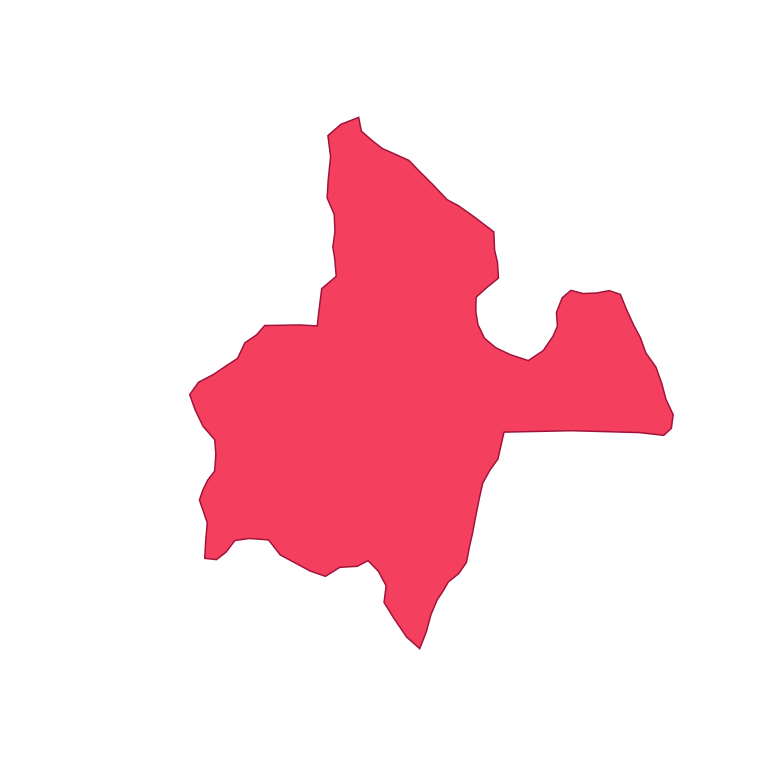 outline of Japeri, Rio de Janeiro, Brazil, rotated 146°
{"feature_id": "56859067B261437250670", "entity_name": "Japeri", "entity_type": "district", "adm_level": 2, "iso_a3": "BRA", "parent_name": "Brazil", "parent_adm1": "Rio de Janeiro", "projection": "natural_earth1", "projection_center": [-43.609, -22.666], "detail": "fine", "context": "isolated", "style": "filled", "palette": "rose", "viewbox_px": 768, "rotation_deg": 146, "n_neighbors": 0, "source": "geoboundaries", "source_scale": "gbopen_adm2", "svg_char_len": 1515}
<svg xmlns="http://www.w3.org/2000/svg" viewBox="0 0 768 768"><g transform="rotate(146 384 384)"><path d="M557.7,450.1L555.5,432.5L562.7,419.8L573.1,406.5L583.7,403.0L593.3,397.5L601.9,391.0L608.1,367.8L618.9,354.5L630.1,339.7L621.1,332.1L609.2,332.9L595.1,337.6L582.1,331.3L566.9,319.3L565.6,300.3L549.7,270.1L540.1,257.3L523.1,256.7L508.1,247.8L496.0,246.5L493.4,231.8L495.1,215.5L506.1,202.9L506.8,185.3L506.8,161.7L502.4,144.6L487.6,154.8L474.2,166.4L461.0,175.1L450.9,179.3L441.2,184.0L428.2,185.0L415.4,190.0L402.8,202.6L394.5,210.3L381.9,223.1L368.3,236.5L357.7,246.5L344.5,253.3L331.5,258.1L311.4,277.0L254.8,240.5L245.1,233.6L199.3,200.8L180.8,185.0L170.5,186.6L161.4,196.9L158.8,213.7L153.5,228.9L149.1,246.0L149.5,263.6L145.6,278.8L144.0,293.8L141.2,310.6L137.9,326.1L145.1,335.5L156.4,340.3L168.3,347.6L176.6,357.1L188.1,355.8L201.1,346.8L207.9,335.0L217.4,329.0L233.2,322.7L251.3,322.7L262.8,337.6L271.1,351.6L275.1,365.7L272.9,380.7L267.6,392.3L259.2,404.4L244.7,406.5L229.9,407.8L222.0,421.2L217.4,433.2L207.9,448.7L215.6,471.6L222.5,490.0L228.6,501.5L232.2,522.8L236.1,542.5L238.3,555.4L245.8,567.5L253.7,580.1L257.7,592.4L261.4,606.3L255.9,619.2L274.4,623.4L291.6,621.3L301.1,602.4L315.8,584.8L327.1,570.1L330.4,552.5L339.4,537.8L349.8,526.2L354.8,515.4L363.4,500.0L382.3,497.9L398.2,479.7L406.8,469.5L421.5,480.5L450.2,499.2L462.3,496.0L476.2,496.0L491.1,487.1L502.4,487.3L520.0,487.3L536.7,489.2L551.0,483.9L555.0,468.4L557.7,450.1Z" fill="#f43f5e" stroke="#9f1239" stroke-width="1.5"/></g></svg>